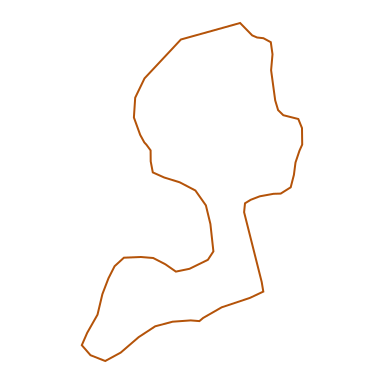 map outline of Kourwéogo (Natural Earth projection)
{"feature_id": "BFA-2813", "entity_name": "Kourwéogo", "entity_type": "Province", "adm_level": 1, "iso_a3": "BFA", "parent_name": "Burkina Faso", "parent_adm1": "", "projection": "natural_earth1", "projection_center": [-1.818, 12.584], "detail": "fine", "context": "isolated", "style": "outline", "palette": "amber", "viewbox_px": 384, "rotation_deg": 0, "n_neighbors": 0, "source": "natural_earth", "source_scale": "10m", "svg_char_len": 905}
<svg xmlns="http://www.w3.org/2000/svg" viewBox="0 0 384 384"><path d="M175.9,271.6L189.5,268.8L207.9,259.8L213.4,251.4L210.4,224.0L205.9,205.4L195.4,190.5L179.7,182.3L164.2,177.5L152.8,172.4L150.7,161.4L150.6,150.4L146.5,144.8L144.3,142.4L140.2,134.9L133.9,117.5L135.2,97.7L144.5,78.4L180.9,39.5L240.1,23.0L252.2,35.4L257.1,37.5L263.4,38.2L270.8,42.2L272.5,54.3L271.1,70.2L275.2,100.4L278.1,110.1L283.3,115.2L298.3,119.0L302.0,128.1L302.2,144.6L299.5,150.6L295.5,162.5L293.9,174.9L290.7,187.3L280.7,193.6L273.6,193.8L259.8,196.3L250.7,199.8L245.0,203.3L244.1,212.2L261.7,282.0L263.3,291.6L249.9,297.9L221.7,307.3L203.2,317.9L199.4,321.1L190.7,320.4L172.6,321.7L155.2,326.3L138.7,337.1L120.7,352.6L105.2,361.0L90.5,355.2L81.8,345.2L87.2,332.8L97.5,314.7L102.4,294.1L108.5,278.2L114.6,266.2L123.9,257.7L140.9,257.0L153.2,258.0L165.4,264.3L175.9,271.6Z" fill="none" stroke="#b45309" stroke-width="2"/></svg>